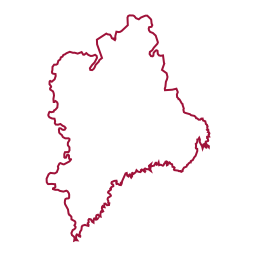 outline of West Mamprusi Municipal, Northern, Ghana
{"feature_id": "2480657B90334619080238", "entity_name": "West Mamprusi Municipal", "entity_type": "district", "adm_level": 2, "iso_a3": "GHA", "parent_name": "Ghana", "parent_adm1": "Northern", "projection": "natural_earth1", "projection_center": [-0.789, 10.298], "detail": "fine", "context": "isolated", "style": "outline", "palette": "rose", "viewbox_px": 256, "rotation_deg": 0, "n_neighbors": 0, "source": "geoboundaries", "source_scale": "gbopen_adm2", "svg_char_len": 5780}
<svg xmlns="http://www.w3.org/2000/svg" viewBox="0 0 256 256"><path d="M54.1,64.7L52.5,66.9L52.4,70.0L51.9,72.0L52.3,73.2L53.1,73.7L55.5,74.0L55.7,76.0L54.6,79.3L51.8,81.7L50.2,80.9L49.9,81.1L49.6,81.6L49.5,84.2L51.1,86.4L51.1,87.0L50.1,88.3L50.2,89.5L53.0,91.4L53.7,93.3L54.0,95.5L53.4,99.0L53.7,102.0L54.4,102.0L54.7,101.4L55.5,101.0L57.2,102.4L57.7,103.9L57.3,107.5L55.4,109.7L54.1,110.4L53.6,111.7L51.3,112.2L49.7,111.8L49.2,112.2L48.3,114.9L48.4,115.7L49.4,117.3L52.1,118.5L54.5,118.7L55.1,121.1L54.8,123.1L55.7,124.5L58.0,124.7L60.4,124.0L62.7,125.8L64.5,126.6L65.7,128.1L64.7,129.7L63.3,129.9L62.3,129.6L60.8,128.4L59.4,128.3L58.9,129.4L59.2,132.6L59.8,133.4L62.0,135.2L62.7,136.8L63.3,137.3L65.2,138.3L68.6,138.3L69.5,139.1L69.4,140.3L68.0,142.5L67.8,144.0L67.9,145.3L69.4,147.3L69.5,150.3L68.6,152.0L65.0,152.2L64.3,154.1L64.3,157.3L64.9,157.8L66.0,157.6L67.3,154.7L68.2,154.6L69.0,155.6L69.1,158.5L69.6,159.2L70.9,159.2L71.0,159.5L69.5,161.4L64.1,164.3L63.2,164.3L60.3,163.1L59.4,163.6L57.9,166.5L58.3,168.4L56.8,172.2L54.7,173.4L50.4,172.9L48.6,174.3L46.6,178.7L46.7,181.2L46.8,182.3L47.8,183.9L48.5,184.1L51.6,183.9L55.1,184.2L55.4,186.9L55.0,187.5L53.0,188.4L53.0,189.1L55.2,189.8L58.0,189.8L59.9,190.9L63.4,191.6L66.3,190.7L67.5,191.3L68.8,193.2L69.2,194.8L69.1,197.8L68.4,198.4L66.6,198.5L65.5,199.0L65.0,200.2L64.8,202.7L65.1,204.2L68.0,209.5L68.6,213.8L70.1,215.3L69.0,214.4L69.3,215.0L70.6,215.8L71.4,216.8L71.5,219.4L74.8,221.2L75.4,222.2L75.3,223.9L74.4,225.3L75.6,226.9L75.5,227.8L74.5,229.1L72.7,230.1L71.4,233.1L72.0,235.1L73.9,236.6L74.6,238.0L74.2,240.6L75.3,240.1L77.3,240.3L76.2,238.7L76.1,237.8L76.2,235.4L76.8,234.4L77.5,234.6L79.1,236.3L80.2,236.6L80.3,236.0L79.5,234.8L79.6,233.9L80.1,231.8L81.4,229.8L81.8,226.6L82.4,225.7L84.8,224.9L88.4,225.9L88.6,225.0L87.7,223.3L88.7,222.2L88.4,220.0L89.1,219.0L90.8,219.3L92.2,221.8L93.5,222.6L93.5,220.0L94.1,218.5L94.7,218.4L94.9,219.4L96.0,219.7L97.3,219.2L97.7,218.6L96.5,219.2L96.1,218.7L96.2,216.1L96.6,215.2L98.0,214.7L99.1,216.0L100.6,216.5L100.3,214.9L100.8,211.9L101.3,211.2L102.2,211.9L103.2,211.4L101.9,208.6L102.0,207.0L102.6,206.1L103.7,207.1L104.5,207.2L104.1,206.2L104.4,203.7L105.4,203.6L107.1,205.2L109.0,205.0L109.3,203.2L108.2,202.8L108.3,201.0L107.6,199.5L107.7,198.5L108.1,197.7L110.7,196.1L110.9,195.5L110.2,194.3L108.1,192.7L108.0,192.3L108.5,191.4L110.9,189.7L111.0,188.9L110.4,188.6L111.3,187.2L113.3,186.2L113.3,185.1L112.8,184.4L112.0,184.2L111.4,183.2L111.8,182.0L114.3,180.9L116.5,180.7L116.8,181.8L116.2,182.8L116.6,184.0L117.8,183.8L119.4,184.9L120.9,185.1L121.2,184.6L120.7,184.1L120.7,183.0L121.1,182.6L121.8,182.9L122.2,181.0L125.6,173.4L126.7,173.0L127.2,175.6L128.3,176.4L128.7,175.3L129.7,174.4L130.3,174.5L131.0,175.2L130.3,176.2L131.2,177.6L132.1,176.3L132.1,173.1L132.6,172.9L133.6,173.9L135.7,172.2L136.5,170.2L138.1,171.7L140.3,172.1L141.1,171.4L140.9,170.1L141.8,169.5L144.9,171.9L145.3,171.2L143.8,169.6L145.1,168.5L147.0,169.3L148.3,169.1L150.8,170.9L149.8,168.2L150.5,168.0L150.6,167.1L150.2,166.7L149.1,166.7L149.0,165.8L151.0,164.1L150.7,165.1L151.2,166.3L154.1,165.6L155.6,162.8L156.1,162.8L155.9,164.0L156.7,164.8L157.8,164.2L158.6,162.4L159.1,165.2L160.7,164.7L162.9,165.7L163.8,164.8L164.2,163.6L165.0,163.0L165.5,161.7L166.5,161.4L167.1,161.8L167.1,162.3L166.5,162.9L166.9,165.3L167.6,165.0L168.4,162.8L169.4,162.3L170.0,162.8L169.9,163.5L172.1,164.3L172.5,166.8L174.0,167.1L174.6,167.7L173.9,169.4L174.3,170.1L178.1,170.6L178.7,171.1L180.4,171.0L180.5,171.5L181.5,171.8L182.7,170.9L182.5,170.1L184.0,167.6L186.5,166.6L187.1,164.9L187.6,164.9L188.7,163.3L190.3,162.4L190.5,161.9L190.8,162.1L191.2,160.8L192.7,160.2L194.2,157.4L195.6,155.8L197.3,151.0L197.2,148.8L196.0,148.4L195.8,147.8L196.1,146.0L195.8,143.9L196.5,143.5L197.4,141.2L197.3,139.6L198.2,139.5L199.2,137.8L199.9,139.6L199.7,142.0L202.1,146.4L202.6,148.4L203.2,146.7L203.3,144.5L204.7,143.8L204.4,145.9L205.2,145.5L204.9,146.4L205.9,147.5L206.3,147.6L206.4,146.8L207.8,146.2L208.8,147.3L208.9,146.2L206.7,144.7L205.6,142.4L205.8,141.6L207.9,141.1L208.2,140.4L207.7,138.4L207.1,138.1L207.1,136.8L209.2,136.6L208.5,135.0L209.0,134.3L209.0,133.4L209.3,133.6L209.4,133.3L209.0,132.5L208.2,132.2L208.4,132.0L208.3,130.5L208.0,130.7L207.0,129.8L207.6,129.2L207.2,127.7L207.6,126.3L207.1,125.9L207.0,124.9L205.9,124.0L205.3,121.3L203.1,120.5L202.6,118.6L201.5,119.0L201.2,118.7L200.2,119.7L198.7,119.7L197.2,118.4L196.1,118.2L195.7,117.1L194.4,115.9L191.1,115.2L189.9,114.2L185.0,112.8L183.9,112.1L183.4,109.7L183.8,108.6L182.7,105.3L182.6,104.1L181.8,103.5L179.6,99.6L179.0,99.0L178.5,99.1L178.1,98.1L177.1,97.1L176.9,94.4L177.8,92.1L176.4,88.7L172.3,89.7L165.0,90.2L164.8,88.6L165.4,86.8L165.9,81.8L167.0,79.2L167.5,76.9L166.6,73.2L162.0,69.9L164.3,63.5L164.0,63.0L163.0,55.4L160.9,55.8L159.0,55.4L157.8,53.9L157.5,50.8L156.7,50.3L155.8,50.5L153.7,52.7L153.3,55.7L152.6,56.3L151.0,56.1L149.6,54.0L149.9,51.9L152.2,50.3L153.9,47.6L157.4,43.7L157.9,42.3L155.7,35.6L152.9,33.0L150.1,31.9L149.0,30.3L148.7,28.6L149.1,27.2L151.5,26.8L152.3,25.1L151.6,23.5L151.2,19.9L150.6,18.9L147.3,15.7L145.4,15.7L143.8,16.3L140.8,17.6L138.8,19.3L136.0,18.2L134.3,16.1L133.1,15.5L129.5,15.4L128.2,16.0L127.5,17.5L127.8,25.2L121.7,30.9L120.2,31.8L118.9,32.1L116.4,31.7L115.3,36.1L115.4,39.1L114.9,40.1L113.7,39.3L113.5,38.5L112.8,38.7L111.9,38.2L111.1,36.2L110.0,34.7L107.5,34.3L106.3,33.6L96.9,39.7L97.1,44.4L102.0,58.0L99.4,60.1L98.7,61.7L95.6,64.9L94.6,67.5L93.5,69.1L92.1,70.1L90.3,69.9L89.9,68.2L92.1,65.0L94.6,62.4L97.0,57.8L96.6,55.9L95.1,54.8L92.6,55.8L90.8,56.0L88.3,54.9L86.3,53.1L84.3,54.7L83.3,54.7L81.6,52.1L77.7,53.6L74.6,52.7L73.0,52.8L69.8,51.8L66.5,53.2L64.7,54.5L63.4,54.9L62.5,56.6L60.8,57.4L60.2,59.5L58.4,60.7L57.4,64.0L56.1,64.7L54.1,64.7Z" fill="none" stroke="#9f1239" stroke-width="2"/></svg>